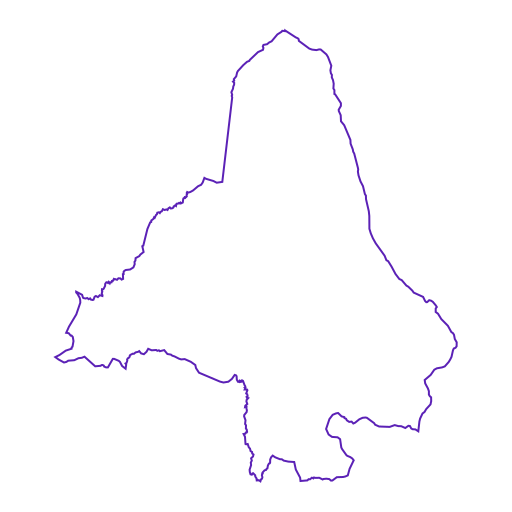 the district of Nabdam, Upper East, Ghana
{"feature_id": "2480657B74414618551217", "entity_name": "Nabdam", "entity_type": "district", "adm_level": 2, "iso_a3": "GHA", "parent_name": "Ghana", "parent_adm1": "Upper East", "projection": "natural_earth1", "projection_center": [-0.664, 10.847], "detail": "fine", "context": "isolated", "style": "outline", "palette": "violet", "viewbox_px": 512, "rotation_deg": 0, "n_neighbors": 0, "source": "geoboundaries", "source_scale": "gbopen_adm2", "svg_char_len": 6018}
<svg xmlns="http://www.w3.org/2000/svg" viewBox="0 0 512 512"><path d="M115.1,279.1L114.7,279.4L113.9,278.9L112.7,281.1L111.9,281.0L111.5,282.3L110.3,282.3L109.8,283.4L108.7,281.9L108.0,283.0L106.9,282.2L106.2,282.4L105.2,283.9L105.1,285.9L103.7,288.7L103.1,289.3L102.0,289.2L101.9,291.0L102.3,291.7L101.7,293.3L102.5,295.3L102.4,296.0L99.8,295.2L97.9,297.1L95.9,296.0L95.3,296.3L94.6,296.8L93.5,299.7L92.7,300.0L90.9,299.6L90.1,298.4L88.7,299.2L87.2,298.0L85.7,298.5L83.6,298.1L83.0,297.7L82.1,294.8L76.2,291.7L76.2,292.5L77.5,293.9L79.7,297.8L80.2,300.0L80.3,302.7L76.3,314.4L69.0,326.6L66.2,332.8L68.7,333.2L70.7,335.6L71.5,335.5L72.8,337.0L73.5,341.1L72.5,346.7L71.6,347.5L71.6,348.7L65.8,350.6L59.5,355.0L55.3,357.1L58.6,359.5L64.0,362.5L66.4,361.9L68.2,360.7L74.3,360.2L78.5,358.2L81.8,357.8L84.5,356.7L95.2,366.3L100.6,365.8L101.5,365.1L102.6,365.0L103.8,365.6L104.2,366.6L106.1,367.4L107.9,367.4L112.8,358.9L114.2,358.9L118.7,360.8L119.9,361.8L122.1,366.0L125.6,368.7L126.2,364.6L125.5,363.5L126.5,363.0L127.3,360.6L127.1,359.5L127.8,358.3L128.5,358.1L129.7,356.7L129.8,355.5L130.4,354.9L132.7,353.7L133.9,353.8L135.6,352.4L138.2,351.8L139.2,351.1L141.1,353.4L143.9,354.2L146.5,351.8L148.2,348.8L151.7,350.3L156.2,350.0L157.3,350.8L158.9,350.3L159.8,351.2L164.2,350.1L167.4,354.0L170.9,354.6L172.3,355.7L174.5,356.4L179.0,358.7L181.2,359.4L184.7,359.1L190.8,361.8L195.3,365.0L196.0,368.1L199.0,372.7L220.0,381.6L223.5,382.5L228.4,381.7L231.9,378.9L234.7,374.9L236.1,375.4L236.6,376.3L236.8,379.7L238.0,381.8L239.0,381.9L239.6,380.6L240.1,380.8L240.1,382.0L241.6,381.7L242.1,380.4L243.0,380.9L244.7,385.5L245.2,386.1L245.5,387.5L244.7,387.8L245.3,388.7L244.8,389.5L247.1,389.6L247.4,390.2L246.2,393.5L247.2,394.2L247.6,395.9L247.5,396.4L246.6,396.8L246.8,397.6L248.2,398.1L246.6,399.9L246.4,401.5L247.3,404.0L245.3,405.7L245.1,406.8L246.3,406.1L246.6,406.8L246.3,408.0L246.9,410.2L246.6,412.1L244.3,414.9L244.1,416.3L245.5,420.2L245.1,424.0L246.0,425.3L245.9,428.6L246.7,429.5L247.1,431.9L246.7,432.5L245.8,432.5L245.3,433.7L243.6,434.0L245.0,436.8L245.5,444.0L246.1,444.3L247.7,444.0L248.8,447.3L250.0,448.6L250.6,451.1L252.1,452.0L252.2,453.5L253.5,454.5L253.0,456.5L251.1,458.3L251.8,460.6L250.8,462.6L251.1,465.1L249.6,469.7L249.8,472.0L250.5,474.3L251.8,474.7L252.5,473.4L253.1,473.2L255.2,475.3L255.3,476.6L256.4,478.2L256.7,480.2L257.4,479.8L258.0,480.5L258.9,480.2L260.4,481.3L261.0,479.4L262.0,478.7L262.4,477.2L261.9,475.3L262.2,473.7L262.7,473.5L262.5,472.6L264.6,470.3L266.1,469.9L266.6,468.8L267.4,468.4L267.9,465.5L268.9,463.6L269.8,463.3L270.1,462.7L270.2,459.5L271.1,457.3L272.7,455.6L275.2,457.3L279.9,459.2L281.9,459.3L283.7,460.6L288.3,461.6L294.2,462.0L295.8,469.5L300.1,477.6L300.5,481.0L307.4,480.4L308.6,479.2L310.0,479.3L311.9,477.7L313.4,478.4L314.0,477.5L315.3,477.9L319.3,477.8L322.7,479.5L323.4,479.0L326.4,478.7L329.3,479.1L331.0,480.6L332.4,480.5L336.8,477.2L343.1,477.0L345.3,476.5L347.8,475.4L349.6,468.8L353.7,460.3L352.3,458.5L350.3,457.1L347.2,455.8L346.3,455.0L342.1,449.1L341.3,447.5L340.1,439.2L337.6,437.3L332.0,436.9L328.6,434.5L326.1,429.0L329.4,419.1L332.7,414.8L336.0,413.4L338.1,413.0L341.6,416.4L344.3,417.1L344.5,418.1L346.1,418.8L346.8,420.3L349.2,421.9L351.6,421.6L353.3,423.5L355.1,422.7L359.3,419.3L362.6,417.8L365.5,417.5L366.9,417.8L374.2,423.2L375.1,424.7L379.1,426.5L389.7,426.9L394.7,425.1L398.3,426.1L401.2,426.2L405.3,428.0L408.4,425.8L409.9,426.0L411.2,428.4L412.5,429.2L415.4,429.4L418.3,431.3L419.4,421.5L420.1,418.6L422.5,413.5L424.5,412.0L426.2,409.1L430.5,404.4L431.2,401.1L431.1,397.3L429.9,396.3L428.9,394.6L428.9,391.2L427.9,388.4L425.2,383.4L424.7,380.0L430.7,374.9L434.3,369.7L436.9,368.3L442.1,367.4L444.8,366.4L448.7,362.0L450.2,359.5L451.5,356.9L453.0,350.2L453.8,348.5L455.5,347.8L456.6,346.3L456.7,342.3L454.8,339.0L454.0,334.8L453.0,333.2L451.3,332.0L447.9,325.8L441.3,319.1L438.0,313.7L435.7,312.0L435.7,308.5L436.8,307.0L435.8,305.4L432.8,301.8L431.1,300.7L429.2,300.2L427.2,302.1L426.3,302.2L425.1,301.0L423.1,296.9L413.7,292.6L412.3,290.6L408.3,286.7L406.4,285.6L401.7,280.1L399.3,279.0L395.5,274.0L391.6,266.7L388.2,261.2L386.4,260.2L384.6,255.7L375.7,243.3L372.9,238.3L370.8,233.4L369.4,228.8L369.3,215.9L368.8,211.2L366.0,199.1L365.9,195.6L364.9,194.1L363.0,186.2L360.5,181.4L358.5,175.3L357.9,171.6L358.2,169.4L357.9,167.8L354.2,153.5L353.2,151.7L352.8,149.4L350.6,143.7L350.4,139.9L344.2,125.2L341.0,121.3L340.7,115.2L338.8,111.0L338.7,109.7L340.9,105.9L340.9,103.2L335.2,94.4L334.4,94.0L334.4,90.1L333.4,88.5L333.7,83.7L333.0,80.1L331.8,77.4L331.9,74.9L330.9,73.3L330.4,70.3L331.3,65.7L328.0,57.0L326.4,54.4L320.7,49.5L319.1,49.4L316.5,50.1L312.1,49.6L309.3,48.6L298.9,40.9L298.6,39.1L297.8,38.3L295.8,37.4L285.5,30.7L285.6,31.2L282.3,30.8L281.5,31.8L277.4,34.4L271.6,41.3L269.1,42.5L267.1,44.2L263.5,44.9L262.8,46.4L263.4,47.9L263.0,49.8L258.0,52.1L249.8,59.9L249.3,60.9L247.0,61.8L243.3,65.1L237.9,71.0L237.1,72.5L236.2,76.4L233.8,79.2L234.2,80.6L233.0,81.6L234.2,82.8L234.1,84.7L233.3,86.4L233.0,88.7L231.4,92.2L232.2,94.9L231.7,95.9L232.2,97.4L222.3,181.9L216.7,182.7L213.4,181.0L206.0,178.8L204.4,177.9L202.7,182.5L201.1,184.8L198.1,186.2L193.0,190.5L190.3,192.0L188.3,192.6L187.2,192.0L186.7,193.0L187.1,194.3L186.5,195.1L186.8,196.3L186.0,197.2L184.9,197.1L184.9,198.1L183.6,198.2L183.2,199.0L182.8,202.5L181.2,203.3L180.5,202.6L179.9,203.5L179.0,202.9L177.9,203.7L176.9,203.6L176.4,204.0L176.0,206.0L175.1,205.4L173.6,206.5L173.5,207.4L172.5,208.2L170.8,208.5L169.8,207.4L168.4,208.3L167.5,210.0L166.4,209.4L164.6,210.0L162.9,209.2L161.8,211.3L160.6,211.8L159.8,213.1L158.8,212.3L157.3,212.7L156.9,214.3L156.0,215.0L154.7,217.8L154.1,217.3L153.4,218.9L151.3,220.5L151.2,222.0L150.2,222.4L147.4,229.0L143.3,245.6L142.3,246.2L143.6,252.0L140.3,254.6L139.3,256.1L135.6,258.1L135.4,260.6L134.5,261.9L134.7,264.2L133.4,267.4L130.1,269.5L125.8,270.0L124.4,270.8L123.6,271.8L123.6,274.1L122.9,274.2L123.1,278.9L121.6,279.6L120.4,278.4L118.4,278.3L117.0,279.8L115.1,279.1Z" fill="none" stroke="#5b21b6" stroke-width="2"/></svg>